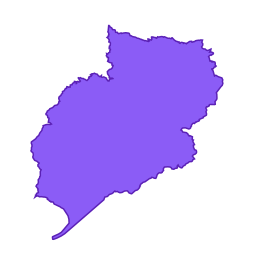 Andilamena, Alaotra-Mangoro, Madagascar, rotated 265°
{"feature_id": "10022922B97539486376385", "entity_name": "Andilamena", "entity_type": "district", "adm_level": 2, "iso_a3": "MDG", "parent_name": "Madagascar", "parent_adm1": "Alaotra-Mangoro", "projection": "natural_earth1", "projection_center": [48.448, -16.737], "detail": "fine", "context": "isolated", "style": "filled", "palette": "violet", "viewbox_px": 256, "rotation_deg": 265, "n_neighbors": 0, "source": "geoboundaries", "source_scale": "gbopen_adm2", "svg_char_len": 5876}
<svg xmlns="http://www.w3.org/2000/svg" viewBox="0 0 256 256"><g transform="rotate(265 128 128)"><path d="M216.5,159.4L215.5,159.2L214.6,159.6L213.6,158.9L214.1,157.4L214.8,156.5L214.9,155.6L214.0,155.7L213.6,156.3L212.8,156.7L212.4,155.8L213.5,153.1L213.5,152.0L214.1,151.3L214.3,150.4L215.1,149.2L215.0,148.9L216.4,146.3L216.6,145.2L217.8,143.4L218.7,140.4L219.6,139.2L219.8,138.2L222.0,137.5L222.4,137.1L223.1,134.0L223.0,131.5L222.7,130.0L223.3,129.5L222.8,127.0L223.4,126.1L224.2,125.8L224.4,124.0L226.6,123.8L227.1,122.9L227.4,121.2L229.1,120.5L230.4,118.8L231.2,118.6L231.7,117.9L232.4,117.8L226.4,116.7L225.5,116.3L224.6,116.9L222.6,117.1L222.1,116.5L221.3,116.7L220.0,115.0L219.4,115.8L217.4,117.0L215.4,116.4L215.1,117.4L214.3,117.9L211.8,117.5L211.1,116.5L210.0,116.8L209.6,116.2L208.6,116.2L208.1,117.3L207.4,117.3L206.6,116.6L205.0,116.4L204.7,115.3L203.5,114.2L204.0,113.2L203.2,113.3L201.8,112.7L200.7,113.6L200.1,113.5L199.9,114.6L199.6,114.7L198.1,114.2L197.1,114.5L196.8,114.3L196.7,113.7L196.2,113.5L194.9,115.3L194.1,117.6L192.1,117.5L191.7,118.5L191.4,118.6L188.8,117.2L188.1,115.9L188.0,114.7L186.0,112.3L183.7,112.4L180.9,113.9L179.7,113.6L179.3,114.4L178.9,117.0L178.6,117.2L178.3,114.2L177.6,113.5L176.6,113.3L176.6,112.2L178.7,110.8L179.5,110.9L181.0,108.3L180.7,106.9L181.1,105.9L182.6,106.1L181.7,104.9L181.7,104.1L182.4,103.5L182.7,102.9L184.2,102.2L184.8,100.4L185.5,99.3L185.1,98.1L185.2,96.9L184.4,95.3L184.0,95.6L183.9,96.6L183.6,96.6L182.5,95.4L182.7,94.5L182.3,93.6L181.9,93.3L181.2,93.7L178.9,91.4L179.0,90.9L180.3,89.3L180.6,88.4L181.2,87.8L181.4,86.3L182.3,84.9L181.9,84.2L182.4,83.1L182.2,82.8L181.7,83.0L178.9,84.6L178.3,84.0L178.1,83.0L178.8,82.2L178.7,81.5L178.0,80.8L176.9,80.7L176.8,80.3L178.7,80.1L179.1,78.7L177.8,78.2L177.7,77.4L176.8,76.3L176.0,76.1L175.9,74.3L173.8,73.9L174.0,73.0L173.8,72.3L174.3,71.7L174.5,70.7L172.8,70.2L172.8,69.1L170.7,67.7L170.0,65.9L168.3,65.8L167.4,64.5L166.2,64.0L165.7,63.0L164.9,62.0L163.6,61.6L161.7,61.9L160.6,62.4L160.1,61.3L158.5,61.0L157.1,59.3L156.8,56.9L154.9,54.7L154.0,51.8L153.2,51.3L151.7,48.9L150.9,48.8L149.4,47.5L148.5,47.5L147.6,48.8L145.3,49.0L144.8,50.0L144.3,50.1L140.7,49.1L140.1,50.8L138.6,52.1L138.2,51.0L138.6,48.6L138.5,46.7L137.7,43.6L136.5,43.7L134.9,42.5L133.1,42.0L130.8,39.8L128.3,38.4L127.2,36.7L125.3,35.1L122.6,30.6L121.4,30.3L119.8,30.8L118.1,30.8L116.8,30.1L114.9,30.0L114.0,29.4L113.0,29.6L111.8,31.0L110.7,31.3L109.2,31.3L107.8,30.7L106.7,30.7L103.9,32.2L102.7,34.5L102.0,35.0L101.2,36.2L100.4,36.3L99.7,35.3L99.1,35.0L97.7,35.0L96.9,35.8L95.0,36.6L94.0,37.8L92.1,36.8L87.9,36.5L87.3,35.9L85.9,35.5L84.2,34.0L81.8,34.0L80.0,33.3L79.4,32.2L78.0,31.3L75.1,33.1L74.7,33.1L74.4,32.8L71.5,33.1L70.8,31.2L69.5,30.9L69.2,30.0L68.4,30.0L67.3,29.4L68.0,30.5L68.2,32.2L67.2,33.8L67.1,36.0L66.5,38.3L66.5,39.0L65.7,40.9L64.9,41.8L64.5,41.4L64.1,41.4L62.8,43.0L61.9,43.6L61.7,44.6L60.9,44.9L61.1,45.7L60.7,47.0L58.7,47.8L55.3,53.7L54.5,54.4L53.1,56.7L45.8,60.6L42.1,61.2L38.3,61.0L29.9,52.5L28.4,49.5L26.3,43.5L25.9,43.2L23.8,43.3L23.6,44.2L24.5,47.5L26.2,51.9L28.2,55.7L58.6,97.7L61.2,98.8L61.6,101.6L63.4,103.6L64.0,106.2L64.8,107.6L66.3,109.2L66.2,109.7L65.6,110.1L65.7,112.0L65.1,112.6L64.2,114.3L64.3,116.4L65.5,119.0L65.5,121.4L65.3,122.1L63.3,123.3L62.2,125.5L62.2,126.0L65.0,129.8L65.4,131.8L66.0,132.7L67.6,134.3L68.8,134.6L69.1,135.1L69.8,134.9L70.2,135.2L70.4,135.7L71.5,136.3L71.7,137.2L72.6,138.3L72.9,140.2L75.8,145.1L75.9,146.4L76.8,147.3L76.4,148.7L75.7,149.7L75.4,151.3L76.3,151.9L78.7,152.9L79.8,153.8L80.7,155.2L80.3,156.9L80.8,158.2L81.4,158.3L82.5,159.7L84.2,159.6L85.9,160.8L85.9,164.3L85.4,166.6L84.9,167.4L83.4,168.1L82.9,170.1L83.7,171.6L83.7,173.3L84.2,173.7L85.7,173.6L86.8,174.7L85.2,175.3L83.7,177.4L83.6,178.1L83.9,178.7L84.9,179.3L85.8,180.8L85.8,181.4L87.3,182.7L88.0,184.7L89.1,186.2L89.0,188.5L89.5,189.2L90.8,189.9L91.4,191.6L94.4,189.7L95.6,190.8L96.1,192.6L97.0,193.8L97.9,194.2L99.1,194.2L99.9,193.9L100.6,192.4L103.0,191.6L105.1,191.6L105.6,192.8L108.8,191.5L109.6,191.5L110.3,192.1L110.9,191.0L113.7,191.4L114.9,189.1L114.7,188.3L115.2,188.2L116.0,187.3L117.0,187.1L118.3,185.7L119.2,182.2L120.9,181.4L121.4,180.6L122.9,181.8L123.2,182.4L123.2,185.1L121.7,188.6L122.0,189.6L122.7,190.4L123.8,190.7L124.4,191.4L125.3,191.4L126.8,192.8L127.1,193.5L126.7,194.7L128.0,195.9L127.9,196.6L128.3,197.2L128.8,199.3L129.4,199.8L130.3,199.7L131.7,203.9L132.4,203.9L133.9,207.2L135.2,207.5L137.4,207.1L139.0,208.0L141.1,207.3L142.3,208.0L142.4,208.4L142.1,208.7L142.6,210.0L143.3,210.6L143.2,210.9L143.9,211.0L144.3,211.8L143.8,216.4L144.0,217.0L146.8,217.0L148.7,218.8L149.9,219.2L153.9,219.4L155.5,219.1L161.2,224.3L162.3,225.6L164.2,226.4L166.1,226.1L167.7,226.6L169.7,225.9L171.3,222.3L172.9,220.1L172.3,218.7L177.6,217.7L179.3,216.6L179.7,216.8L179.6,218.1L181.3,219.4L181.2,220.2L182.0,221.2L183.2,220.3L185.0,220.6L186.2,220.2L186.5,219.2L186.5,217.3L186.8,217.1L187.2,217.6L187.7,216.2L187.4,215.6L187.6,215.4L190.5,215.1L192.2,214.5L193.5,216.4L193.2,217.2L193.7,217.6L193.8,218.5L194.4,219.4L195.1,219.6L195.6,219.3L196.6,217.3L196.5,216.0L198.4,217.3L199.4,217.5L198.4,214.9L198.3,213.8L198.7,212.9L200.0,211.7L200.2,210.2L201.1,208.9L202.4,208.4L203.6,209.5L204.8,209.8L205.5,209.8L206.9,209.0L209.1,209.9L209.4,208.1L209.0,207.0L209.3,206.4L209.2,204.1L209.0,202.8L208.3,201.8L208.4,201.2L207.9,199.8L208.1,199.0L208.8,199.0L208.9,198.6L208.8,196.8L206.9,193.5L207.4,193.2L207.3,192.7L207.9,191.3L207.6,190.7L208.0,190.7L208.6,189.1L208.6,188.2L207.8,187.2L208.2,186.5L209.4,186.3L209.3,185.4L210.1,184.2L210.1,183.6L211.6,181.8L214.0,179.9L213.9,179.3L213.4,179.1L213.2,178.7L213.8,177.3L213.9,175.6L215.7,172.3L215.4,171.2L215.9,170.8L216.2,169.1L215.9,166.4L216.3,165.4L215.0,164.5L214.9,164.0L215.5,163.6L215.9,162.7L215.9,162.0L216.6,160.6L216.2,159.9L216.5,159.4Z" fill="#8b5cf6" stroke="#5b21b6" stroke-width="1.5"/></g></svg>